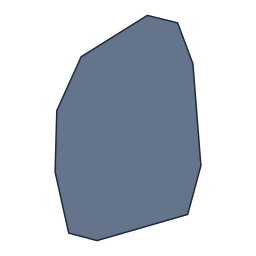 Ndian, Cameroon
{"feature_id": "32672807B79900399400197", "entity_name": "Ndian", "entity_type": "district", "adm_level": 2, "iso_a3": "CMR", "parent_name": "Cameroon", "parent_adm1": "", "projection": "equal_earth", "projection_center": [8.535, 4.676], "detail": "fine", "context": "isolated", "style": "filled", "palette": "slate", "viewbox_px": 256, "rotation_deg": 0, "n_neighbors": 0, "source": "geoboundaries", "source_scale": "gbopen_adm2", "svg_char_len": 254}
<svg xmlns="http://www.w3.org/2000/svg" viewBox="0 0 256 256"><path d="M68.7,233.1L97.0,240.6L187.7,214.4L200.9,165.8L192.9,63.7L177.6,22.9L147.3,15.4L81.2,56.7L56.8,110.6L55.1,171.9L68.7,233.1Z" fill="#64748b" stroke="#1e293b" stroke-width="1.5"/></svg>